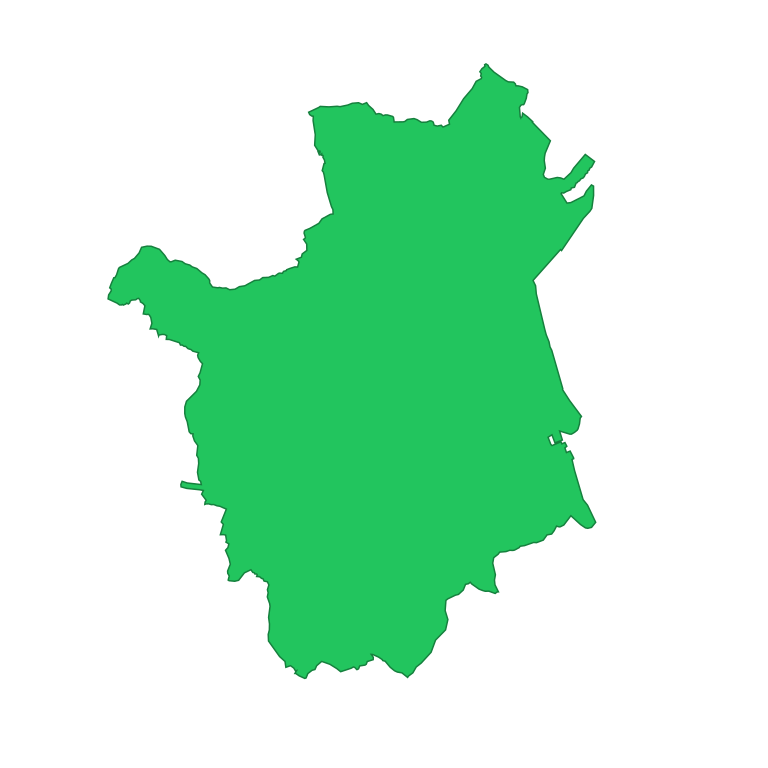 outline of Maldaresti, Vâlcea, Romania, rotated 78°
{"feature_id": "2599482B3246342951761", "entity_name": "Maldaresti", "entity_type": "district", "adm_level": 2, "iso_a3": "ROU", "parent_name": "Romania", "parent_adm1": "Vâlcea", "projection": "orthographic", "projection_center": [23.99, 45.113], "detail": "fine", "context": "isolated", "style": "filled", "palette": "green", "viewbox_px": 768, "rotation_deg": 78, "n_neighbors": 0, "source": "geoboundaries", "source_scale": "gbopen_adm2", "svg_char_len": 6149}
<svg xmlns="http://www.w3.org/2000/svg" viewBox="0 0 768 768"><g transform="rotate(78 384 384)"><path d="M359.8,580.8L365.0,583.6L371.4,585.0L374.9,585.1L380.0,584.3L390.2,584.5L392.4,583.3L393.1,581.1L395.0,581.8L400.2,581.2L405.5,578.9L414.8,582.0L418.0,581.0L423.3,581.8L431.6,584.8L439.4,585.0L441.1,583.6L444.4,583.6L439.9,597.1L437.2,601.7L440.0,603.6L442.4,603.9L445.1,598.7L449.1,586.4L450.6,582.8L453.9,585.3L460.8,582.1L462.2,583.5L464.5,584.3L464.3,583.1L464.8,580.4L466.1,578.0L466.5,575.6L468.4,572.7L469.4,570.1L473.6,564.2L485.1,571.9L487.9,570.3L497.4,575.4L498.0,572.1L498.9,570.3L504.5,570.6L505.8,571.5L508.1,569.0L511.6,570.7L513.7,573.6L522.4,571.9L528.3,571.8L534.5,575.9L536.7,576.2L539.6,575.3L543.4,577.2L544.2,576.4L545.9,571.0L545.8,567.0L539.7,559.8L538.0,552.8L541.0,551.5L541.8,550.0L543.0,549.8L543.4,548.0L544.4,547.7L545.8,548.6L546.7,545.7L548.7,544.2L549.2,542.9L551.8,542.3L553.2,539.2L556.6,538.4L561.0,540.8L564.1,540.7L568.0,542.4L575.0,541.5L577.8,541.7L588.3,545.4L594.9,545.9L600.8,547.3L604.8,549.3L611.4,550.4L628.9,542.8L634.8,538.5L640.7,538.9L640.1,534.0L643.1,531.3L646.1,530.3L646.1,529.0L648.6,531.3L648.8,530.5L651.8,527.7L655.5,522.7L655.3,521.3L651.4,518.7L649.1,513.9L648.9,510.9L645.5,508.4L642.4,502.6L646.9,495.2L652.6,489.3L656.4,486.2L655.2,475.3L654.4,472.7L655.2,471.5L657.7,470.0L657.7,469.3L657.3,468.1L654.7,466.4L655.0,461.0L654.4,459.6L652.0,458.1L651.4,451.9L649.1,451.3L645.8,452.7L646.2,451.3L649.9,446.2L653.2,443.0L654.2,442.8L655.4,440.5L662.4,436.8L666.7,433.3L668.5,430.9L670.3,426.5L675.9,421.9L674.8,420.8L672.5,415.8L667.5,411.3L664.7,405.6L656.2,393.7L645.2,386.8L637.3,374.9L627.7,370.5L618.4,371.3L608.5,368.4L607.4,366.2L605.4,358.0L605.3,354.9L602.0,349.3L596.9,345.9L596.9,342.9L595.8,340.9L597.8,339.8L604.4,333.7L606.6,330.3L607.8,328.0L608.4,324.6L612.0,318.8L611.0,316.8L611.1,315.3L603.5,317.2L598.7,316.7L593.8,314.7L581.9,314.9L576.7,312.8L574.2,307.7L572.5,305.8L573.3,299.5L572.8,295.6L573.6,292.5L573.6,290.8L572.1,285.7L571.0,284.6L571.3,280.1L570.1,270.6L570.9,267.8L569.8,260.6L565.5,255.9L565.6,251.2L562.9,248.1L558.9,244.8L560.2,242.3L560.3,241.2L559.3,237.4L551.7,228.6L562.3,221.0L566.6,216.9L567.5,214.7L567.4,210.8L563.3,205.7L544.9,210.1L538.5,213.3L508.3,215.6L496.9,215.8L496.5,214.0L495.7,213.9L488.3,215.9L489.0,219.8L484.1,220.3L482.9,218.1L478.9,219.2L479.5,222.5L477.3,222.9L479.2,232.5L477.7,233.4L470.2,234.6L468.6,230.3L477.1,229.0L475.9,221.2L466.5,222.0L471.7,212.6L472.0,211.0L470.9,207.7L469.4,204.7L468.3,203.6L463.7,201.1L458.2,199.2L456.8,197.6L438.8,205.9L426.7,210.5L425.7,210.1L385.9,212.9L382.2,213.9L377.0,213.8L369.6,215.1L363.8,215.4L327.5,216.3L319.4,215.3L313.7,216.7L289.2,183.4L290.4,182.6L263.4,154.5L257.8,146.6L255.4,144.2L243.2,139.8L234.0,137.9L232.4,139.7L237.5,146.0L241.6,149.3L245.4,163.5L245.1,167.4L234.7,171.2L233.9,170.5L234.6,168.5L233.6,165.5L232.8,160.9L231.2,160.0L231.2,156.8L227.4,154.3L227.2,153.1L226.2,152.0L226.0,150.7L224.2,148.6L223.9,146.5L222.7,144.9L220.5,143.3L219.7,141.0L217.9,140.4L217.3,138.7L215.8,138.0L214.9,135.8L210.1,131.8L201.3,139.4L212.3,153.6L216.2,157.2L221.1,165.4L219.2,168.3L218.0,171.6L218.1,179.7L217.7,181.2L215.2,184.1L212.1,184.6L206.5,181.3L198.8,180.8L195.3,179.8L191.8,178.4L180.7,170.7L161.9,182.6L158.7,184.5L158.3,184.0L152.5,188.1L147.9,192.1L151.4,193.4L151.7,194.7L152.1,194.9L151.0,195.2L141.6,194.0L139.8,192.2L139.5,190.8L139.8,189.4L139.0,188.5L134.1,185.4L130.1,183.9L128.9,182.6L125.9,182.3L122.1,186.9L120.4,190.5L119.7,193.0L117.8,193.1L115.7,194.4L114.3,199.6L112.6,201.7L101.8,211.6L95.9,215.5L93.8,216.0L92.1,217.7L92.6,219.2L94.3,219.2L95.9,222.6L98.5,225.3L100.6,224.3L102.8,225.4L104.2,224.7L105.5,225.3L107.1,230.9L113.4,236.3L121.4,246.7L131.8,256.7L139.4,265.8L143.5,265.9L144.9,272.5L144.7,273.1L142.8,274.2L142.8,278.3L141.3,281.2L138.1,281.4L136.7,282.7L136.1,284.4L136.7,288.0L135.8,293.0L132.3,296.7L130.6,299.5L130.1,306.2L131.5,308.9L131.6,310.7L129.8,319.6L125.1,319.3L124.1,319.9L121.6,324.6L121.1,326.6L121.3,329.2L119.5,330.6L118.4,332.8L118.4,335.7L113.1,337.7L108.3,341.2L105.2,342.5L106.0,347.0L103.6,350.4L102.8,356.7L103.6,361.4L103.6,369.3L102.6,372.1L101.5,380.2L99.2,388.7L99.9,390.2L102.5,401.2L105.0,400.7L106.9,398.9L107.4,397.5L111.7,398.6L125.9,399.4L136.1,402.2L142.1,400.0L143.0,398.2L144.4,398.6L143.5,400.1L146.5,399.6L146.7,398.0L146.0,397.1L147.5,397.2L147.8,396.2L148.5,396.1L149.6,396.6L152.4,395.7L155.9,395.8L155.9,396.8L162.5,400.1L163.9,399.3L166.9,399.1L185.0,399.7L199.6,398.5L202.7,397.7L207.1,398.4L206.9,401.2L209.6,410.3L213.3,414.3L216.4,424.3L217.3,429.2L218.0,430.1L219.8,430.8L224.1,430.4L225.2,431.0L225.8,432.6L231.1,430.5L237.3,431.7L239.8,437.0L242.8,438.4L243.7,443.9L245.5,442.4L247.0,441.8L251.6,444.2L250.9,446.9L251.4,452.1L252.0,455.5L252.8,456.1L253.0,458.9L254.6,460.3L253.8,463.2L253.9,464.2L255.8,468.4L254.8,470.2L255.7,474.6L254.7,480.5L256.4,484.1L255.8,489.0L259.0,499.8L258.7,505.2L260.3,510.0L259.7,515.4L257.2,518.5L256.7,521.9L255.3,525.0L255.4,526.4L253.5,531.6L249.0,533.5L246.5,533.0L244.6,533.6L239.9,536.3L237.4,539.0L232.1,543.1L229.6,547.2L227.3,549.2L225.1,553.4L222.2,556.1L219.5,562.5L220.2,566.5L220.0,567.9L217.3,570.0L212.7,571.7L205.6,575.6L200.9,583.0L199.9,587.1L199.9,592.7L204.9,596.3L209.3,602.0L210.2,605.0L212.8,609.3L215.0,618.6L216.0,619.7L221.6,622.9L224.0,625.0L223.9,626.2L229.1,629.9L232.9,632.3L234.5,631.1L236.2,631.5L239.6,634.8L243.4,636.2L249.4,628.3L251.7,626.2L252.1,624.1L251.8,623.3L252.6,622.6L252.1,619.9L251.4,618.9L252.6,617.5L251.8,616.0L250.0,614.9L249.5,613.3L250.0,609.3L249.2,607.6L249.2,606.1L251.8,605.0L253.0,605.2L255.1,603.0L257.7,601.6L265.4,604.9L266.7,601.6L266.8,600.1L267.6,599.3L270.3,598.3L276.4,598.4L281.5,601.3L281.9,598.8L283.4,595.0L290.2,594.5L289.3,594.0L289.4,590.5L290.0,588.3L291.5,586.5L295.1,587.7L295.8,584.7L301.1,575.5L303.6,575.0L304.0,573.2L305.6,571.7L305.9,570.2L308.7,568.3L310.2,565.6L312.1,564.2L314.9,558.8L317.1,560.3L319.6,560.3L323.8,558.9L326.4,557.3L334.8,561.6L338.0,564.1L341.9,563.0L346.5,564.3L352.2,569.0L359.8,580.8Z" fill="#22c55e" stroke="#15803d" stroke-width="1.5"/></g></svg>